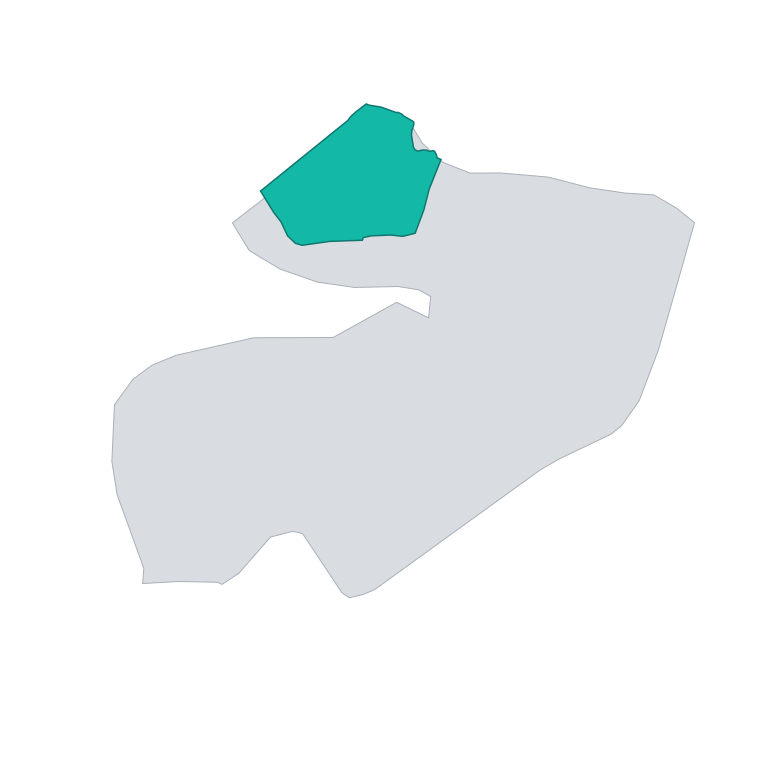 location of Ali Sabeh, Ali Sabieh, Djibouti, rotated 200°
{"feature_id": "41766387B65421474667097", "entity_name": "Ali Sabeh", "entity_type": "district", "adm_level": 2, "iso_a3": "DJI", "parent_name": "Djibouti", "parent_adm1": "Ali Sabieh", "projection": "orthographic", "projection_center": [42.832, 11.234], "detail": "fine", "context": "in_parent", "style": "filled", "palette": "teal", "viewbox_px": 768, "rotation_deg": 200, "n_neighbors": 0, "source": "geoboundaries", "source_scale": "gbopen_adm2", "svg_char_len": 1457}
<svg xmlns="http://www.w3.org/2000/svg" viewBox="0 0 768 768"><g transform="rotate(200 384 384)"><path d="M581.6,483.5L555.7,524.5L522.6,576.9L484.8,636.5L461.2,637.0L442.9,633.5L430.4,623.4L404.5,612.4L375.3,611.6L347.5,621.9L300.4,634.6L257.8,638.7L223.5,645.7L195.1,654.0L169.5,649.4L147.4,641.8L142.7,578.4L137.8,509.5L138.5,455.7L146.5,426.1L153.4,414.6L193.6,373.7L207.5,357.1L253.5,289.4L292.8,231.4L322.2,188.0L331.2,179.4L343.6,171.2L352.4,173.6L409.3,215.5L419.3,214.4L438.3,201.4L455.6,156.6L467.7,140.3L472.9,140.7L509.4,128.2L542.5,114.0L546.7,128.7L596.9,188.7L613.3,218.3L630.2,272.4L621.5,302.6L608.5,322.3L589.2,339.9L522.2,382.9L447.7,410.3L400.1,465.1L364.7,461.4L370.0,482.1L383.2,484.4L403.9,480.5L444.9,464.6L481.4,457.0L520.7,456.4L556.3,463.3L581.6,483.5Z" fill="#d9dde1" stroke="#a8b0b8" stroke-width="1"/><path d="M453.5,511.7L453.5,514.6L446.5,518.9L428.9,526.2L416.8,529.2L406.3,536.3L406.1,561.5L408.2,582.5L407.2,614.5L411.5,614.6L413.0,617.2L416.0,620.0L417.4,620.1L421.4,618.0L423.3,618.4L426.4,617.6L428.8,616.5L431.9,614.3L435.2,614.8L437.3,616.7L437.5,616.9L443.4,627.5L444.4,631.3L444.7,637.9L445.4,640.0L446.8,640.8L456.7,642.5L458.6,643.2L460.3,643.8L463.9,644.0L465.3,643.3L468.3,643.2L481.3,643.2L493.7,640.9L496.5,641.1L503.8,629.6L507.0,623.3L508.0,619.5L566.0,523.1L546.3,507.5L536.2,501.1L525.2,490.2L515.3,485.9L508.5,486.3L483.9,499.4L453.5,511.7Z" fill="#14b8a6" stroke="#0f766e" stroke-width="1.5"/></g></svg>